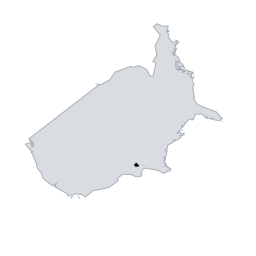 location of Crane, Texas, United States of America, rotated 319°
{"feature_id": "52423323B45238818245083", "entity_name": "Crane", "entity_type": "district", "adm_level": 2, "iso_a3": "USA", "parent_name": "United States of America", "parent_adm1": "Texas", "projection": "orthographic", "projection_center": [-102.544, 31.369], "detail": "fine", "context": "in_parent", "style": "filled", "palette": "ink", "viewbox_px": 256, "rotation_deg": 319, "n_neighbors": 0, "source": "geoboundaries", "source_scale": "gbopen_adm2", "svg_char_len": 3944}
<svg xmlns="http://www.w3.org/2000/svg" viewBox="0 0 256 256"><g transform="rotate(319 128 128)"><path d="M202.2,83.9L213.2,79.3L213.6,68.1L218.3,68.4L221.1,74.3L225.2,77.4L221.6,80.3L221.9,81.5L220.6,80.4L220.5,83.1L217.8,85.9L217.9,92.7L220.7,94.7L221.9,94.0L221.2,92.9L221.8,93.3L222.4,94.6L218.9,96.7L217.7,95.5L218.0,97.5L213.7,99.3L211.1,102.7L211.0,101.2L210.4,100.4L210.6,104.0L211.7,104.3L212.3,107.3L211.0,111.6L207.9,110.0L208.7,107.3L207.5,109.3L208.9,111.7L210.4,112.9L211.0,114.5L209.7,121.3L209.6,117.2L206.2,114.3L206.7,110.2L204.7,111.9L207.0,117.2L204.3,116.1L203.5,116.5L203.8,114.6L203.6,114.1L203.2,115.6L203.5,116.8L207.6,118.1L207.0,119.3L205.0,117.7L204.3,117.5L206.9,119.4L207.8,119.6L207.7,121.1L206.4,120.3L208.6,122.0L208.3,122.4L207.2,121.5L204.9,121.6L208.1,122.9L209.8,122.4L212.8,127.1L210.3,123.6L211.4,126.0L208.1,126.3L211.1,128.3L212.0,127.2L211.2,129.9L207.8,129.9L210.0,130.6L208.7,132.2L210.8,132.6L207.5,134.0L206.5,138.2L203.4,140.0L198.3,148.3L197.3,147.7L196.0,154.5L196.1,156.1L198.0,160.7L205.3,174.0L204.9,181.9L202.4,182.9L199.2,179.4L198.2,176.1L194.0,172.9L195.0,170.9L193.2,171.3L193.2,166.2L188.2,162.0L181.8,164.2L180.2,161.5L173.7,162.2L174.4,161.0L173.4,162.3L170.5,163.2L170.2,161.0L169.9,162.6L161.0,164.2L164.9,164.8L163.8,167.1L167.0,168.7L165.6,170.0L162.1,167.7L162.1,169.8L157.5,169.4L154.7,167.0L153.3,168.5L146.6,167.0L142.9,170.2L143.8,169.3L141.7,168.7L140.9,172.4L136.9,174.9L137.8,174.2L135.2,174.0L136.1,175.1L133.1,176.8L132.0,180.9L130.6,180.3L131.9,181.3L132.2,184.9L133.6,187.1L132.7,187.9L124.9,185.4L123.1,180.1L114.9,169.6L110.8,169.0L106.9,173.2L102.1,170.4L100.0,165.4L93.8,159.4L86.5,159.1L86.4,161.3L74.7,160.5L60.4,152.4L50.6,152.1L49.8,148.2L46.3,144.1L38.5,140.1L38.9,137.5L34.3,124.7L34.8,123.5L35.8,125.3L35.5,122.6L38.4,122.9L33.0,122.2L30.8,110.6L33.1,105.1L33.2,98.5L35.6,94.7L39.3,83.1L41.6,83.9L39.1,82.8L40.7,79.8L39.8,79.6L39.9,72.8L45.5,75.1L43.4,78.3L45.9,76.2L45.0,79.1L43.4,79.5L44.4,79.8L45.8,78.8L46.9,76.0L46.5,71.2L133.5,76.3L133.3,74.6L135.3,77.3L145.7,79.7L155.4,77.4L170.6,83.4L171.6,85.5L177.1,88.0L180.5,96.0L178.7,103.3L180.8,105.2L191.7,97.4L190.4,94.5L191.3,93.7L197.7,91.9L202.2,83.9ZM215.5,100.3L217.3,99.3L211.1,103.3L216.0,99.3L215.5,100.3ZM46.2,74.1L46.5,76.0L46.4,76.3L45.7,74.7L46.2,74.1ZM133.4,186.5L132.3,183.3L132.3,181.5L132.5,183.4L133.4,186.5ZM222.2,80.4L222.5,81.4L222.1,81.3L222.2,80.4ZM154.9,167.9L155.2,168.6L154.4,168.1L154.9,167.9ZM41.2,143.6L42.2,143.3L41.2,143.6ZM40.2,143.1L39.8,143.6L39.5,143.1L40.2,143.1ZM220.7,96.3L220.4,97.0L220.2,96.9L220.7,96.3ZM132.8,179.8L132.3,181.3L133.6,178.4L132.8,179.8ZM203.1,169.6L204.5,172.2L202.9,169.4L203.1,169.6ZM45.7,146.7L46.0,147.5L45.6,146.8L45.7,146.7ZM205.4,182.3L204.7,183.3L205.7,181.2L205.4,182.3ZM213.6,128.8L213.0,130.1L213.0,127.3L213.6,128.8ZM45.8,72.4L45.7,72.9L45.4,72.6L45.8,72.4ZM136.2,175.7L134.8,176.5L136.2,175.5L136.2,175.7ZM222.6,95.9L222.8,96.6L222.2,96.6L222.6,95.9ZM45.3,148.8L45.5,149.8L45.2,148.9L45.3,148.8ZM134.4,177.0L133.9,177.4L134.4,176.8L134.4,177.0ZM211.0,115.7L210.6,117.4L211.0,115.1L211.0,115.7ZM142.5,170.9L141.6,171.5L142.9,170.4L142.5,170.9ZM196.3,155.2L196.3,156.4L196.1,155.6L196.3,155.2ZM211.2,132.7L211.0,133.0L211.6,131.9L211.2,132.7ZM184.1,163.6L183.1,164.4L182.7,164.3L184.1,163.6ZM170.1,163.1L169.9,163.3L169.3,163.3L170.1,163.1ZM197.1,176.4L197.3,177.2L196.8,176.3L197.1,176.4ZM167.4,165.1L167.3,165.9L167.1,164.5L167.4,165.1ZM203.2,184.8L202.6,185.0L203.4,184.6L203.2,184.8ZM212.2,107.8L212.1,108.6L212.2,107.5L212.2,107.8ZM212.5,130.5L212.2,130.8L212.5,130.5Z" fill="#d9dde1" stroke="#a8b0b8" stroke-width="1"/><path d="M109.0,160.3L109.0,162.0L109.3,162.0L109.4,161.9L109.5,161.9L109.5,162.0L109.8,162.2L110.0,162.2L110.2,162.3L110.3,162.4L110.4,162.5L110.5,162.7L110.4,162.8L110.5,162.9L110.5,163.0L111.0,163.1L111.0,162.9L110.9,162.5L110.9,160.3L109.0,160.3Z" fill="#0f172a" stroke="#020617" stroke-width="1.5"/></g></svg>